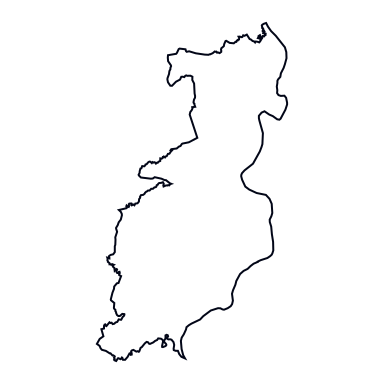 the district of Ambalema, Tolima, Colombia
{"feature_id": "7082276B77811687937909", "entity_name": "Ambalema", "entity_type": "district", "adm_level": 2, "iso_a3": "COL", "parent_name": "Colombia", "parent_adm1": "Tolima", "projection": "natural_earth1", "projection_center": [-74.819, 4.832], "detail": "fine", "context": "isolated", "style": "outline", "palette": "ink", "viewbox_px": 384, "rotation_deg": 0, "n_neighbors": 0, "source": "geoboundaries", "source_scale": "gbopen_adm2", "svg_char_len": 5983}
<svg xmlns="http://www.w3.org/2000/svg" viewBox="0 0 384 384"><path d="M266.1,23.0L263.8,23.8L262.2,24.8L261.8,25.5L262.2,27.0L262.1,27.9L263.0,28.3L263.3,29.0L262.7,30.4L262.7,31.3L263.2,31.4L263.6,30.6L264.0,30.6L264.7,32.0L264.5,32.4L263.4,32.5L263.2,33.1L264.2,33.3L264.7,34.2L265.6,34.0L265.5,35.1L264.7,35.3L264.2,36.3L262.9,36.0L262.1,38.2L261.6,38.5L260.0,35.1L258.5,36.1L258.5,37.0L257.9,38.1L259.1,38.4L259.3,37.5L259.9,37.2L261.3,39.5L261.1,39.8L260.4,39.7L260.3,41.2L259.2,42.4L258.1,41.9L255.8,41.5L255.3,41.6L255.0,42.4L253.9,41.3L252.6,41.0L250.9,39.5L249.6,39.0L246.8,34.6L244.5,35.8L243.2,35.3L242.4,36.9L241.8,37.2L239.8,36.6L238.6,36.7L239.2,37.8L239.0,39.5L237.9,39.8L237.8,40.4L236.8,40.6L236.3,41.9L235.4,41.9L233.8,43.3L229.7,42.9L226.2,40.8L225.5,41.1L224.2,44.1L223.8,46.2L221.3,48.3L221.0,49.8L221.3,50.8L221.2,51.9L219.6,53.1L217.9,52.4L217.1,52.7L216.3,51.6L215.4,51.8L214.7,51.5L212.7,53.2L210.0,54.4L209.5,54.3L208.5,54.8L204.7,54.6L195.8,53.3L189.1,51.3L186.7,51.8L186.0,51.1L185.5,49.3L179.6,48.6L178.7,49.1L176.9,52.9L176.2,53.8L168.0,55.2L167.8,57.7L168.1,61.2L170.9,65.3L171.1,66.1L170.4,67.9L170.4,69.2L169.4,71.1L169.0,74.1L167.5,78.2L167.4,79.5L168.0,82.3L170.3,85.7L172.0,85.8L176.0,81.7L180.0,79.6L181.3,76.8L182.7,76.7L184.3,77.1L185.3,75.8L186.2,75.4L187.2,75.8L190.4,75.7L192.4,76.7L192.3,80.0L194.1,83.5L194.6,93.5L195.1,96.0L195.0,97.7L194.0,99.6L193.5,102.3L193.7,103.0L194.4,103.6L194.4,104.5L195.2,106.8L192.2,107.2L192.5,108.4L191.7,110.2L190.3,112.0L189.7,114.6L197.3,137.8L188.8,142.3L182.4,143.6L181.8,144.0L180.5,146.0L178.9,146.6L176.7,148.5L171.3,149.2L170.9,149.8L172.2,149.7L172.3,150.2L171.1,151.2L169.4,153.7L167.9,153.9L166.7,156.2L165.5,156.5L165.0,157.4L163.8,156.6L163.4,157.3L162.8,157.1L162.5,158.0L161.7,158.7L160.3,158.4L160.2,161.0L158.4,161.8L157.7,162.8L156.6,162.8L155.9,163.6L154.8,162.3L154.2,162.2L153.3,162.6L152.5,162.1L151.8,163.1L150.3,161.7L149.4,161.6L148.3,162.2L146.7,164.1L145.5,164.5L145.2,165.4L144.3,166.3L142.2,166.1L141.4,168.3L140.4,168.6L139.7,171.2L139.6,172.8L138.6,174.8L138.9,175.5L140.9,177.5L150.9,178.7L152.8,178.5L154.7,177.2L161.5,178.7L164.6,180.1L165.9,180.1L169.9,183.3L171.2,183.8L170.3,184.1L169.2,185.4L168.1,185.1L167.5,185.5L166.1,185.4L163.6,186.5L163.3,185.3L163.8,183.9L162.9,182.2L161.1,182.9L159.2,183.0L158.3,183.7L157.8,184.7L156.7,185.2L156.4,186.5L155.9,187.1L154.4,187.4L152.9,188.8L151.2,188.8L149.6,190.5L148.0,190.5L147.0,191.4L146.2,191.7L145.0,192.8L144.7,193.6L143.3,194.8L140.9,195.2L140.0,196.9L140.2,197.3L140.0,198.0L139.1,199.1L138.9,201.6L137.5,203.3L135.3,203.6L134.4,205.3L133.2,204.5L131.7,205.4L131.4,205.2L131.8,204.0L131.5,203.5L129.3,203.6L128.8,204.2L129.0,206.4L128.7,207.0L128.0,206.8L126.6,205.5L126.3,206.3L126.9,207.6L126.5,208.2L118.9,210.0L120.8,211.8L121.8,213.9L121.9,215.3L120.8,219.6L118.7,222.3L117.7,225.2L116.1,227.8L116.1,228.6L117.1,231.8L115.3,237.3L115.5,239.6L115.3,244.8L114.8,246.2L114.8,252.1L113.2,254.3L110.7,254.9L109.1,256.0L108.7,257.1L109.4,257.7L109.4,258.4L107.3,257.7L107.6,258.7L107.4,260.4L107.9,261.2L107.9,261.9L109.4,263.0L109.5,264.3L110.4,264.2L111.0,264.7L112.1,264.1L113.8,264.8L112.5,265.6L113.3,267.1L114.3,267.8L114.7,270.7L116.3,269.0L116.9,269.2L117.1,269.6L116.4,270.9L116.6,272.2L117.2,273.0L118.0,273.0L118.9,271.9L119.5,271.8L119.8,273.0L119.1,274.4L119.2,275.1L121.1,276.1L118.5,283.0L116.9,283.3L114.2,286.5L114.0,288.8L112.5,292.6L110.8,299.4L111.0,300.3L114.3,303.0L113.9,307.9L114.1,308.6L115.4,309.9L115.4,311.1L116.1,312.2L116.1,313.0L117.0,315.0L118.3,316.0L119.8,316.0L122.3,313.9L125.1,314.2L124.6,314.4L123.7,316.2L122.7,316.9L121.3,319.6L121.1,319.8L118.7,319.4L117.3,321.9L115.5,322.5L114.3,323.7L112.7,324.1L111.6,322.7L110.4,323.0L109.5,322.3L106.4,326.1L105.8,325.8L105.3,324.4L104.6,324.6L104.0,325.9L104.0,328.5L101.4,329.2L103.4,336.3L99.7,338.9L96.9,343.9L99.6,345.9L100.6,348.3L101.9,349.8L105.9,350.9L109.8,353.4L110.5,353.3L112.5,355.5L113.2,355.3L114.6,356.2L114.8,356.7L114.0,357.8L114.7,359.0L114.1,359.8L114.5,360.3L116.2,361.0L117.9,358.3L118.4,358.2L120.5,359.2L121.1,358.9L121.8,357.5L122.3,357.7L123.0,359.8L125.1,359.8L127.6,356.9L129.5,353.4L130.2,353.2L130.8,354.8L131.7,354.6L131.7,353.3L131.1,351.3L131.9,350.4L133.4,349.9L136.3,351.6L137.7,351.2L138.8,351.8L139.4,351.1L140.6,347.8L141.8,347.1L144.8,343.4L146.6,341.9L147.9,342.2L149.2,343.8L150.0,343.9L153.3,342.4L155.1,340.9L157.1,340.0L158.2,338.4L161.0,338.7L162.3,339.6L162.9,340.4L163.0,341.8L162.1,345.7L162.1,346.9L162.9,347.1L165.4,346.1L166.2,345.4L166.3,344.5L165.8,343.6L164.5,342.4L164.0,340.8L165.5,338.5L165.5,335.4L166.6,334.8L167.7,335.2L168.1,336.3L167.8,336.9L166.7,337.2L166.8,338.4L168.3,339.4L170.2,339.3L171.5,339.7L173.5,342.1L174.2,344.9L173.6,348.8L173.8,350.1L175.6,350.8L177.9,350.8L179.3,354.2L181.4,356.8L185.0,358.4L183.2,355.2L181.6,349.1L180.9,340.9L181.7,337.6L183.8,334.3L186.0,329.5L186.5,327.2L188.9,325.2L191.5,323.6L200.1,319.5L203.2,316.2L210.8,310.5L218.0,308.2L220.4,308.3L222.5,309.4L224.0,309.7L227.7,308.2L230.7,306.2L232.1,304.1L232.9,300.7L232.0,293.8L233.0,290.3L235.4,284.7L236.3,281.0L240.1,274.0L243.6,270.9L247.6,268.9L250.6,266.0L253.6,263.7L257.8,261.9L257.7,261.6L260.6,260.2L267.4,258.0L270.2,256.1L271.7,254.7L272.4,253.3L273.3,250.4L273.1,241.9L271.9,234.2L271.2,226.6L269.8,222.1L269.7,219.6L271.4,216.1L272.3,213.0L271.7,203.8L269.5,198.8L265.9,194.9L256.6,193.0L249.3,189.6L245.3,186.6L242.1,179.7L241.2,176.3L241.3,174.9L242.0,173.2L244.5,170.4L253.0,163.7L259.8,151.5L261.5,147.1L262.4,144.1L262.9,133.1L259.4,120.6L258.9,118.3L258.9,115.8L261.6,112.6L264.5,111.3L269.3,114.6L272.8,116.1L277.2,119.3L279.4,119.7L280.6,118.7L285.4,109.7L287.1,104.5L287.1,102.7L286.1,97.8L284.4,95.7L280.8,95.9L278.5,95.1L277.1,93.1L277.3,90.1L276.8,86.6L277.4,83.0L277.4,80.9L278.0,79.5L280.3,76.9L280.9,73.3L283.6,68.0L284.9,64.2L286.5,58.2L286.3,52.1L284.9,47.3L275.8,35.8L271.1,31.1L268.0,26.7L266.1,23.0Z" fill="none" stroke="#020617" stroke-width="2"/></svg>